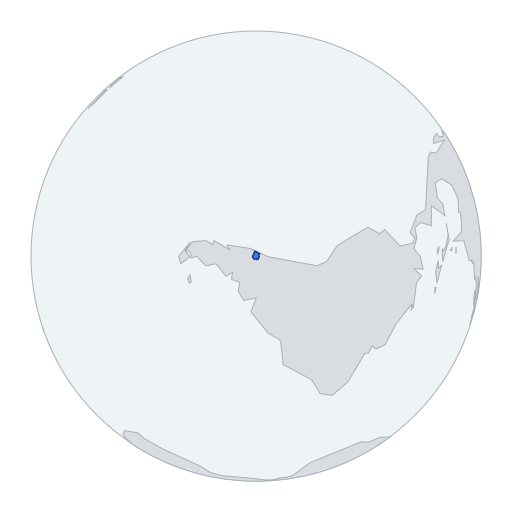 Maule on an orthographic globe, rotated 95°
{"feature_id": "CHL-2705", "entity_name": "Maule", "entity_type": "Region", "adm_level": 1, "iso_a3": "CHL", "parent_name": "Chile", "parent_adm1": "", "projection": "orthographic", "projection_center": [-71.352, -35.623], "detail": "fine", "context": "on_globe", "style": "filled", "palette": "blue", "viewbox_px": 512, "rotation_deg": 95, "n_neighbors": 0, "source": "natural_earth", "source_scale": "10m", "svg_char_len": 4355}
<svg xmlns="http://www.w3.org/2000/svg" viewBox="0 0 512 512"><g transform="rotate(95 256 256)"><circle cx="256" cy="256" r="225" fill="#eef3f6" stroke="#a8b0b8"/><path d="M231.1,32.1L230.8,32.1L235.0,32.0L238.7,31.5L237.3,31.5L255.5,30.7L273.6,31.4L291.7,33.6L292.2,33.7L293.3,33.9L284.3,32.9L268.4,31.6L256.7,32.7L272.1,32.1L274.7,33.6L278.4,34.2L282.8,34.5L284.9,34.2L287.4,35.0L273.0,35.3L270.5,34.5L275.1,34.2L267.7,33.9L258.0,35.1L260.1,36.3L243.3,38.5L244.6,39.6L241.6,41.1L240.8,39.0L242.0,43.1L222.7,50.2L224.0,60.8L214.2,53.5L205.6,54.0L195.0,56.2L195.0,57.8L181.1,59.9L168.3,67.1L163.0,77.6L167.4,83.9L182.9,80.1L187.8,74.5L199.3,71.3L190.6,85.6L210.6,84.0L208.3,95.0L214.1,100.1L224.2,97.4L234.7,99.4L242.3,92.3L254.5,88.4L254.7,97.6L261.4,89.2L268.2,93.7L292.4,94.8L290.6,96.7L311.0,110.4L333.0,119.6L338.1,128.3L335.5,132.5L343.1,135.7L343.2,139.0L373.1,153.3L388.2,167.9L387.5,180.1L374.5,189.8L361.8,219.4L338.2,224.1L331.5,237.5L312.0,256.2L297.8,252.0L301.3,264.4L292.9,270.5L283.5,269.9L281.4,278.3L274.4,277.9L278.8,284.1L267.2,295.1L270.1,305.2L261.5,314.8L263.7,321.0L260.5,320.7L257.2,322.9L256.8,326.4L247.4,320.7L245.0,307.1L248.6,300.3L244.4,299.3L252.0,282.5L247.5,285.9L249.0,262.1L255.7,243.4L260.4,194.4L255.6,185.4L238.3,175.8L217.5,147.1L223.1,134.8L218.5,130.0L233.4,113.5L229.5,100.6L224.2,99.3L219.0,104.6L201.2,99.2L195.1,91.2L142.2,93.0L137.2,91.4L137.8,85.6L124.4,78.5L128.3,89.0L122.2,89.2L118.2,86.8L121.5,83.9L120.3,79.7L115.5,81.5L118.6,77.5L132.9,67.3L147.9,58.3L163.6,50.5L179.9,44.0L196.6,38.7L213.7,34.7L231.1,32.1ZM222.6,65.0L245.6,69.6L232.4,71.2L234.9,69.8L229.1,67.6L218.3,66.4L206.8,69.4L222.6,65.0ZM233.3,57.5L229.3,57.4L233.3,57.0L233.3,57.5ZM263.1,333.1L248.1,322.8L256.6,327.3L262.5,322.0L270.3,330.1L263.1,333.1ZM280.5,320.2L287.3,318.2L288.9,320.1L284.6,322.0L280.5,320.2ZM457.1,357.6L452.8,365.5L453.0,363.9L448.6,370.4L445.0,372.9L441.4,371.8L442.5,358.2L447.7,351.3L456.2,332.4L470.2,293.2L475.5,283.0L477.8,271.0L477.9,237.1L478.3,226.0L477.0,217.7L475.1,213.5L473.0,203.7L471.3,200.2L456.8,183.5L449.0,168.3L431.7,134.4L431.8,127.9L425.9,116.8L424.4,106.3L434.5,118.5L443.7,131.4L452.0,144.9L459.3,158.9L465.6,173.4L470.9,188.3L475.1,203.6L478.2,219.1L480.3,234.8L481.2,250.6L481.0,266.4L479.8,282.2L477.4,297.8L473.9,313.3L469.3,328.4L463.7,343.2L457.1,357.6ZM431.3,114.9L433.3,117.6L431.3,114.9ZM293.2,94.7L296.1,96.8L292.2,96.5L293.2,94.7ZM230.5,74.5L235.3,74.3L237.9,75.3L234.1,76.0L230.5,74.5ZM271.8,73.8L277.5,74.7L271.6,75.1L271.8,73.8ZM249.2,70.3L267.3,73.4L255.8,75.6L244.4,74.0L252.3,73.1L249.2,70.3ZM230.8,61.4L233.9,61.7L232.9,63.0L230.8,61.4ZM236.2,57.3L235.0,57.4L233.5,56.6L236.2,57.3ZM275.5,33.6L276.7,33.6L281.2,34.1L279.1,34.1L275.5,33.6ZM301.0,36.0L304.5,37.3L300.6,36.1L298.3,36.1L287.2,34.1L293.3,33.9L292.5,34.2L301.0,36.0ZM274.1,32.1L280.5,32.9L273.3,32.0L274.1,32.1ZM351.1,460.1L346.4,462.2L349.3,460.8L351.1,460.1ZM103.8,420.3L103.0,418.4L109.5,423.7L117.6,430.4L123.8,436.3L103.8,420.3ZM98.3,415.0L92.4,409.5L88.5,406.4L91.2,408.1L88.6,403.7L101.6,416.7L98.3,415.0Z" fill="#d9dde1" stroke="#a8b0b8" stroke-width="1"/><path d="M259.2,253.7L259.2,253.9L259.1,254.2L258.6,254.4L258.5,254.6L258.7,254.8L258.8,254.8L259.0,255.0L258.9,255.0L258.9,255.4L259.0,255.5L259.0,255.9L259.0,256.0L259.1,256.6L259.2,256.8L259.0,257.0L259.0,257.3L259.1,257.6L259.0,257.8L259.0,258.0L258.9,258.0L258.7,258.1L258.4,258.1L258.4,258.3L258.2,258.5L258.0,258.8L258.0,259.0L257.7,259.2L257.4,259.1L257.4,259.3L257.2,259.4L256.9,259.2L256.7,259.1L256.4,259.1L255.8,259.2L254.8,258.6L254.6,258.5L254.5,258.4L254.4,258.4L253.8,258.0L253.7,258.0L253.3,258.3L253.0,258.3L252.7,258.2L252.4,257.8L252.4,257.7L252.1,257.7L251.9,257.6L251.7,257.6L251.4,257.7L251.4,257.4L251.5,257.3L251.8,257.1L251.8,256.9L252.0,256.8L252.1,256.6L252.1,256.4L251.9,256.0L251.8,255.9L252.2,255.5L252.3,255.3L252.4,255.2L252.5,254.9L252.6,254.7L252.7,254.4L253.0,254.2L253.2,253.9L253.3,253.7L253.3,253.2L253.4,252.9L253.5,252.7L253.9,252.8L254.1,253.0L254.4,253.0L254.5,253.0L254.7,253.3L254.8,253.4L255.0,253.3L255.1,253.2L255.7,253.3L255.8,253.3L255.8,253.2L256.0,253.0L256.1,252.9L256.3,253.0L256.4,252.9L256.5,252.8L256.7,253.0L256.8,253.0L257.0,253.1L257.3,253.2L257.5,253.3L257.8,253.2L257.9,253.3L258.2,253.6L258.3,253.6L258.6,253.6L259.2,253.7Z" fill="#3b82f6" stroke="#1e3a8a" stroke-width="1.5"/></g></svg>